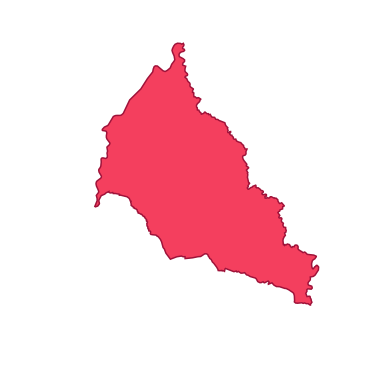 the district of San Pa Tong, Chiang Mai, Thailand, rotated 161°
{"feature_id": "78962969B57097295633579", "entity_name": "San Pa Tong", "entity_type": "district", "adm_level": 2, "iso_a3": "THA", "parent_name": "Thailand", "parent_adm1": "Chiang Mai", "projection": "albers", "projection_center": [98.859, 18.609], "detail": "fine", "context": "isolated", "style": "filled", "palette": "rose", "viewbox_px": 384, "rotation_deg": 161, "n_neighbors": 0, "source": "geoboundaries", "source_scale": "gbopen_adm2", "svg_char_len": 6059}
<svg xmlns="http://www.w3.org/2000/svg" viewBox="0 0 384 384"><g transform="rotate(161 192 192)"><path d="M151.8,335.4L153.5,335.1L154.5,336.2L157.3,337.4L159.8,337.2L161.7,336.0L163.7,334.0L164.8,332.4L164.9,330.2L164.6,326.5L165.2,322.7L166.3,321.6L169.6,319.4L172.2,316.4L175.9,315.0L178.2,314.7L179.9,316.0L183.7,322.4L185.7,323.2L187.0,322.8L188.6,320.9L190.0,318.4L197.1,313.8L206.8,306.1L221.0,299.3L231.4,288.7L233.6,287.8L234.9,287.8L238.9,289.1L240.0,289.2L241.8,289.0L248.9,283.0L250.0,282.3L253.7,281.9L256.3,280.5L256.7,279.8L256.6,279.3L253.7,277.7L253.3,277.1L253.3,275.6L254.7,273.0L255.2,271.4L255.2,269.9L253.7,265.1L253.9,264.4L254.9,263.5L257.6,262.3L257.9,261.9L258.5,258.2L259.7,256.4L260.2,253.8L260.9,252.3L262.3,251.8L263.0,251.9L264.4,252.9L265.9,253.5L266.8,253.2L267.3,252.6L268.1,249.8L269.7,246.3L270.7,245.1L272.6,243.8L273.1,243.0L273.4,241.1L272.5,236.6L272.9,235.5L273.7,234.8L277.8,233.5L278.9,232.9L279.7,231.8L280.1,231.0L280.4,228.7L280.0,224.4L280.1,222.7L280.4,222.1L283.6,219.9L283.8,216.9L284.5,214.7L288.6,210.0L288.1,209.4L285.7,209.4L283.6,210.8L283.2,211.5L283.0,213.8L282.5,214.8L279.0,218.1L275.2,218.4L273.4,219.2L270.5,219.5L270.8,218.9L269.8,217.9L269.0,217.5L267.1,217.3L267.0,216.2L265.1,215.6L261.5,213.6L261.3,213.4L261.7,212.6L260.6,212.3L254.9,208.6L253.4,206.3L253.2,203.2L252.7,203.0L253.3,202.1L253.4,200.1L253.9,199.5L253.7,198.8L252.5,197.2L252.5,196.2L251.8,196.1L251.7,195.2L250.4,194.1L249.8,193.1L249.9,190.9L249.4,190.4L249.7,189.6L248.7,189.0L247.4,187.5L246.9,187.4L246.1,185.1L245.2,184.5L245.2,183.9L244.8,183.6L245.0,183.1L244.0,180.6L244.3,180.3L244.5,179.6L244.1,179.3L244.3,178.7L243.9,178.2L244.4,177.2L245.1,176.7L245.2,175.6L245.6,174.6L245.1,173.8L245.6,171.6L245.0,171.1L245.5,169.3L244.2,168.5L244.1,167.7L244.9,166.5L244.9,165.9L244.7,165.3L243.1,164.4L240.3,163.1L239.5,162.3L239.4,161.5L238.5,160.9L237.3,157.5L237.0,154.8L237.4,148.9L236.7,147.1L236.6,142.7L234.3,135.5L227.5,135.7L222.9,134.9L221.5,133.7L219.7,133.1L220.2,131.3L212.9,129.6L207.5,128.9L204.8,128.2L200.1,129.4L198.4,128.8L197.5,127.7L197.4,125.6L196.9,124.6L196.9,123.5L195.8,121.9L195.5,119.2L194.6,117.5L193.1,112.8L192.7,110.5L192.8,109.2L191.2,108.5L189.3,108.1L189.2,107.6L187.9,107.3L187.1,106.4L185.9,108.4L185.2,108.8L178.3,103.0L175.9,102.8L175.5,101.7L174.0,101.8L172.2,99.4L170.3,98.8L168.5,98.6L167.4,95.9L166.0,95.0L164.6,93.2L160.1,90.0L159.5,88.9L159.0,85.9L157.5,84.3L156.3,83.8L154.0,84.0L153.5,82.9L152.9,82.5L149.7,83.0L148.9,82.9L148.4,81.6L149.7,80.4L149.8,79.9L146.0,80.1L144.8,77.2L142.9,75.1L140.1,74.0L135.6,70.6L134.4,70.1L132.3,68.0L129.2,63.9L128.9,62.7L129.0,60.6L130.3,56.1L131.0,54.8L130.2,53.3L128.4,52.5L124.2,51.5L123.1,50.5L121.8,50.5L120.3,49.2L118.5,48.6L117.5,47.0L116.8,46.6L116.6,47.2L114.5,48.7L114.6,50.7L114.3,51.8L114.6,53.2L114.4,54.8L115.0,55.3L117.3,55.7L117.4,59.0L115.5,60.9L115.4,62.1L114.5,62.6L113.7,62.6L110.9,61.3L109.8,61.8L109.4,62.8L109.5,64.0L112.2,66.1L112.3,67.1L111.9,68.2L111.0,69.1L108.9,70.3L108.3,71.4L107.9,73.1L104.7,72.7L102.6,73.4L97.9,77.1L96.7,79.8L97.4,81.7L98.0,82.1L98.7,82.0L99.4,81.3L100.3,81.3L102.3,79.9L102.8,80.1L103.1,80.9L103.0,82.7L102.3,85.2L100.7,87.7L99.3,88.5L97.7,88.8L95.6,90.3L95.4,90.8L97.4,92.7L103.3,95.5L104.5,98.0L105.2,98.6L106.7,98.5L107.2,98.9L107.6,100.0L108.4,100.6L110.1,103.0L110.2,104.1L109.5,105.5L109.7,107.1L110.3,107.7L111.7,108.2L112.5,107.9L113.2,107.0L114.6,107.6L115.6,107.0L116.5,108.1L116.4,108.8L116.9,109.4L116.9,110.5L118.8,111.8L120.4,111.3L121.3,111.9L121.9,111.3L122.1,111.6L121.6,112.2L122.7,112.6L121.8,116.5L120.9,118.2L119.8,119.1L119.6,119.6L117.9,120.5L117.8,123.1L116.3,123.5L115.4,125.1L115.5,126.5L115.0,128.0L116.7,128.9L116.9,131.2L115.9,132.3L116.0,133.2L116.8,134.3L117.0,135.0L116.6,136.5L115.8,137.2L115.7,137.9L116.3,138.8L117.4,138.7L118.2,139.5L117.4,140.8L116.6,141.3L117.5,144.5L116.7,145.1L115.3,145.4L114.5,146.5L111.9,146.5L111.0,148.7L109.8,148.5L109.3,149.0L110.7,152.6L112.7,152.5L113.1,152.8L113.7,155.3L113.4,156.8L114.6,158.9L115.7,159.0L115.9,159.6L116.6,159.7L118.5,161.7L119.6,162.0L120.3,161.3L120.9,161.3L121.7,161.4L122.8,162.2L123.7,162.0L124.8,162.4L124.5,164.1L123.9,164.3L123.0,163.9L122.5,165.4L123.2,166.0L125.4,166.2L126.3,166.8L126.3,168.1L124.9,168.4L124.4,169.4L125.1,170.4L126.0,170.8L126.7,172.5L128.0,174.4L129.5,174.9L130.0,175.6L129.5,176.9L129.6,177.7L132.7,177.6L133.5,177.0L134.7,177.1L137.6,176.2L138.2,176.6L138.4,177.8L137.1,178.7L137.0,179.8L134.7,181.5L134.8,181.9L135.4,182.3L134.8,187.9L133.6,190.2L133.5,191.7L132.9,192.0L133.4,195.0L130.6,196.4L131.1,197.9L132.1,198.6L131.9,199.7L131.3,200.0L131.2,200.7L132.7,204.9L133.0,206.8L132.8,208.6L132.3,209.4L131.1,209.7L130.1,209.5L128.9,210.1L128.4,210.8L127.9,212.6L126.0,214.7L127.9,215.4L127.9,216.7L128.4,217.9L128.1,219.3L128.9,220.5L129.8,222.8L131.8,224.2L133.3,225.8L133.4,227.8L134.7,228.0L135.5,228.9L135.1,230.3L135.9,232.0L135.8,232.7L136.9,233.2L137.4,234.2L137.3,234.9L135.9,236.0L135.8,236.6L136.6,236.8L137.7,236.0L138.7,236.6L138.5,237.7L137.8,238.5L137.9,240.4L137.2,241.1L138.3,243.5L138.5,244.8L138.4,246.8L143.2,250.9L144.0,252.2L145.9,253.0L146.3,255.2L148.6,256.2L149.1,257.2L149.5,259.5L150.9,259.6L151.0,260.7L152.4,261.2L153.6,263.3L154.2,263.4L155.4,262.5L157.8,262.6L157.9,264.3L158.7,265.2L158.9,267.2L160.2,267.8L159.6,270.0L160.0,270.5L159.9,271.4L159.5,272.6L158.2,273.7L155.4,275.0L154.4,276.4L153.7,276.6L153.5,277.0L155.0,279.0L155.9,279.3L156.9,279.2L158.1,281.0L159.1,281.4L158.5,284.3L158.0,284.9L158.4,285.7L159.1,286.0L158.2,288.1L157.4,288.5L157.2,289.1L159.3,292.0L159.4,293.1L158.7,294.6L158.7,295.8L159.9,298.1L160.1,300.9L161.3,302.7L160.7,303.5L158.6,303.7L158.0,304.2L157.9,305.4L159.1,307.6L159.3,308.7L158.5,310.8L157.0,313.0L159.3,314.8L159.4,315.4L158.7,316.8L156.6,317.8L156.0,319.3L157.0,321.0L159.8,324.0L159.9,324.7L159.4,326.5L157.7,327.7L156.2,327.9L154.1,327.7L152.9,328.3L152.8,329.4L154.1,330.6L154.1,331.1L153.7,331.9L152.4,332.8L151.7,333.7L151.8,335.4Z" fill="#f43f5e" stroke="#9f1239" stroke-width="1.5"/></g></svg>